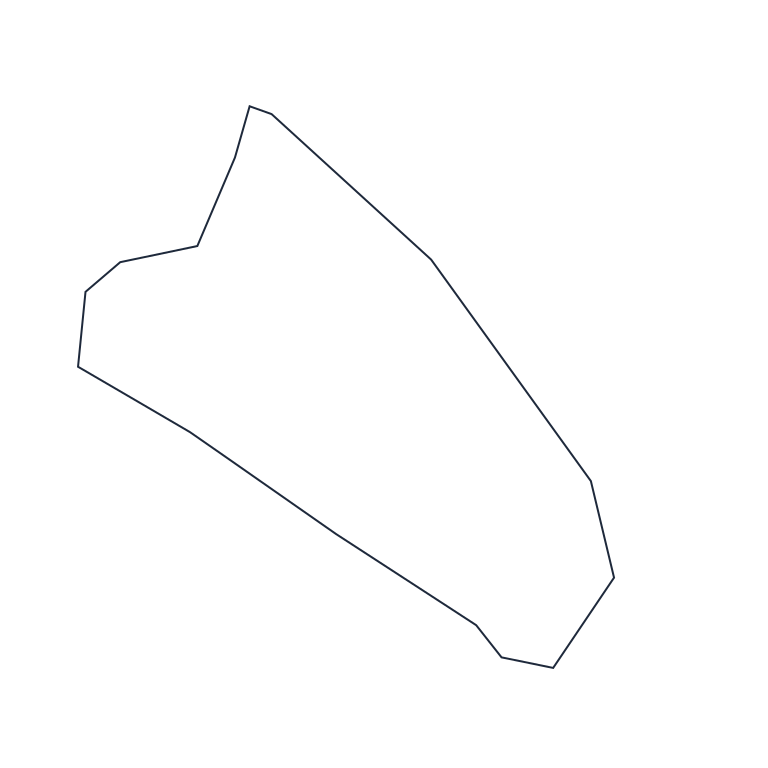 outline of Grande Riviere/Des Branch, Dennery, Saint Lucia, rotated 34°
{"feature_id": "8701671B98296158896120", "entity_name": "Grande Riviere/Des Branch", "entity_type": "district", "adm_level": 2, "iso_a3": "LCA", "parent_name": "Saint Lucia", "parent_adm1": "Dennery", "projection": "orthographic", "projection_center": [-60.935, 13.934], "detail": "fine", "context": "isolated", "style": "outline", "palette": "slate", "viewbox_px": 768, "rotation_deg": 34, "n_neighbors": 0, "source": "geoboundaries", "source_scale": "gbopen_adm2", "svg_char_len": 391}
<svg xmlns="http://www.w3.org/2000/svg" viewBox="0 0 768 768"><g transform="rotate(34 384 384)"><path d="M120.7,540.8L192.5,536.1L250.1,532.4L293.3,533.0L428.3,535.2L551.9,533.1L595.3,532.4L634.3,544.9L683.0,524.8L683.0,415.9L609.8,348.8L353.5,254.5L139.9,223.1L117.3,228.9L133.8,279.6L152.1,374.0L97.2,430.5L85.0,474.5L120.7,540.8Z" fill="none" stroke="#1e293b" stroke-width="2"/></g></svg>